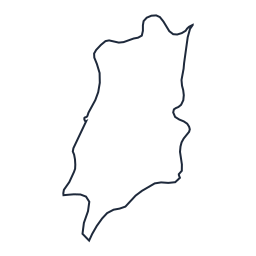 Ilocos Norte, Mercator projection
{"feature_id": "PHL-2547", "entity_name": "Ilocos Norte", "entity_type": "Province", "adm_level": 1, "iso_a3": "PHL", "parent_name": "Philippines", "parent_adm1": "", "projection": "mercator", "projection_center": [120.728, 18.175], "detail": "fine", "context": "isolated", "style": "outline", "palette": "slate", "viewbox_px": 256, "rotation_deg": 0, "n_neighbors": 0, "source": "natural_earth", "source_scale": "10m", "svg_char_len": 1341}
<svg xmlns="http://www.w3.org/2000/svg" viewBox="0 0 256 256"><path d="M63.5,195.2L63.3,193.2L63.9,189.8L69.3,182.1L74.0,171.9L75.1,168.8L75.3,164.7L75.0,159.5L74.1,154.6L72.8,151.5L73.4,148.2L86.2,121.2L85.6,121.5L84.9,120.7L84.3,119.2L84.4,117.9L85.0,117.4L86.1,117.1L87.1,116.5L87.5,115.6L88.5,112.6L95.3,100.1L98.2,92.2L99.8,82.8L99.6,73.0L96.9,64.0L94.3,57.6L94.1,53.5L96.2,49.9L100.8,45.0L105.5,41.1L109.1,40.4L118.8,42.6L123.6,42.1L133.7,38.5L138.0,37.7L141.8,35.6L142.9,30.8L142.9,25.3L143.6,21.1L146.7,17.7L151.4,15.7L156.2,15.4L159.9,17.1L163.4,21.5L169.3,31.2L173.2,34.2L177.2,34.5L181.8,33.1L185.6,30.8L187.1,28.6L189.0,26.8L192.7,24.9L192.7,25.0L190.0,28.9L187.7,37.3L184.1,63.1L183.6,68.7L181.5,80.0L182.0,85.6L183.2,90.2L183.8,95.2L183.3,100.2L181.1,104.8L178.4,107.0L175.8,108.1L173.9,109.4L173.2,112.4L175.1,116.9L179.2,119.5L183.8,121.4L187.2,123.7L189.1,126.7L189.8,129.3L189.1,131.8L183.7,138.5L181.6,142.3L180.5,146.5L180.0,151.8L181.9,164.5L181.8,170.8L178.8,174.2L178.9,175.2L179.9,177.8L175.2,182.2L168.4,182.9L161.1,182.4L154.7,183.4L142.0,190.8L135.6,195.6L125.4,206.6L119.6,208.6L113.6,209.7L107.1,213.1L102.1,218.5L96.8,225.9L92.2,233.9L89.1,240.6L82.5,233.8L83.9,222.9L88.0,211.2L89.3,201.8L86.0,196.6L80.5,194.5L73.9,194.3L67.7,194.8L63.5,195.2L63.5,195.2Z" fill="none" stroke="#1e293b" stroke-width="2"/></svg>